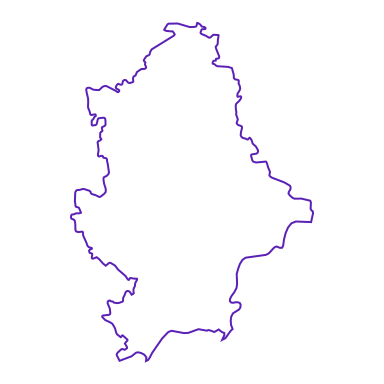 an SVG outline of Donets'k
{"feature_id": "UKR-327", "entity_name": "Donets'k", "entity_type": "Region", "adm_level": 1, "iso_a3": "UKR", "parent_name": "Ukraine", "parent_adm1": "", "projection": "mercator", "projection_center": [37.457, 48.054], "detail": "fine", "context": "isolated", "style": "outline", "palette": "violet", "viewbox_px": 384, "rotation_deg": 0, "n_neighbors": 0, "source": "natural_earth", "source_scale": "10m", "svg_char_len": 5879}
<svg xmlns="http://www.w3.org/2000/svg" viewBox="0 0 384 384"><path d="M311.1,222.1L295.9,221.5L291.4,223.3L288.1,227.4L285.7,232.9L284.0,239.5L283.2,245.4L282.2,247.7L280.1,247.9L276.8,246.6L275.3,246.8L273.5,248.2L269.9,252.3L268.1,253.8L265.7,254.9L245.6,257.7L242.4,259.9L239.9,264.0L238.1,268.9L236.7,273.9L237.1,284.0L236.5,288.0L234.2,292.4L231.3,296.3L230.1,298.8L229.9,301.1L231.1,302.5L232.9,302.8L236.5,302.2L238.2,302.4L239.8,303.0L240.6,304.6L240.4,307.4L239.1,309.5L233.1,313.2L231.3,316.4L230.7,320.6L231.1,325.1L232.6,329.0L230.6,330.9L225.4,338.2L222.2,339.8L224.3,335.3L224.3,333.0L221.8,332.0L218.7,329.5L214.3,332.0L210.6,330.6L208.2,330.0L207.0,330.7L198.5,329.2L188.2,332.9L184.0,333.1L171.6,330.8L168.3,332.0L162.2,338.4L152.2,352.8L149.7,357.7L148.1,360.0L146.0,361.0L146.4,357.4L144.3,354.7L140.9,352.9L137.7,352.3L135.9,352.8L131.5,356.3L119.6,360.8L116.9,355.5L116.7,354.5L116.9,353.8L117.8,352.5L121.4,349.2L122.4,349.0L124.7,349.8L126.9,348.3L127.0,347.7L126.9,346.9L124.9,343.5L126.1,341.9L127.4,340.6L127.5,340.1L127.3,339.5L122.7,335.4L122.1,335.5L121.0,337.1L120.7,337.2L117.0,334.3L116.2,332.7L115.1,328.6L114.3,327.0L112.4,323.8L110.3,322.4L105.3,320.1L103.0,317.8L102.4,317.1L102.2,316.2L103.0,315.5L108.5,314.9L109.4,314.6L110.1,314.1L110.3,313.1L109.8,308.5L107.7,303.5L107.6,302.1L108.2,301.0L109.9,300.5L110.9,301.3L112.8,301.5L113.8,302.5L114.9,302.8L116.7,303.1L118.7,303.0L122.2,301.8L122.9,301.1L123.1,300.1L123.1,298.6L123.3,297.5L124.6,295.1L125.6,292.3L126.2,291.6L126.9,291.1L128.0,291.0L129.4,291.5L130.3,292.5L131.6,294.7L133.4,293.7L133.7,293.4L133.7,292.9L133.4,290.5L133.6,288.8L135.0,285.8L135.1,283.9L135.3,282.9L136.8,280.2L137.1,279.2L137.0,278.8L136.2,278.6L134.6,278.7L130.5,278.0L129.7,278.4L129.2,279.7L128.8,279.9L128.3,279.8L127.7,279.3L125.5,276.0L118.0,269.5L115.5,266.2L114.8,265.4L110.6,262.9L109.3,262.8L105.7,265.7L103.0,263.5L99.3,259.3L96.6,257.2L93.6,258.5L92.7,258.7L92.2,258.5L91.9,258.0L91.8,257.0L92.3,254.4L92.2,253.9L91.9,253.5L89.8,252.9L89.2,251.7L89.1,250.5L89.8,249.7L91.8,248.8L91.9,248.4L91.7,248.0L88.7,247.1L87.5,245.8L86.2,242.2L83.5,236.3L83.2,235.4L82.9,232.4L82.7,231.9L82.4,231.7L81.7,231.7L78.2,232.1L76.1,231.4L75.4,229.8L75.3,223.9L74.7,220.6L73.8,219.6L71.6,218.8L71.0,217.7L71.1,216.0L71.3,215.2L72.0,214.5L73.6,214.4L76.1,213.3L79.3,213.3L80.9,212.8L80.8,212.1L78.9,207.8L78.0,207.3L76.3,207.0L75.4,205.8L75.4,204.2L74.9,201.6L75.2,193.3L75.4,192.0L76.1,190.7L77.4,190.0L79.6,189.9L82.8,189.0L83.9,189.0L89.5,190.8L90.5,191.8L90.9,193.2L92.0,194.1L95.7,195.2L99.1,196.9L99.6,197.0L100.5,196.7L104.1,193.9L105.7,191.9L105.8,190.3L105.6,188.3L104.1,183.7L103.5,179.8L103.5,178.5L103.7,177.6L104.4,176.8L105.4,176.6L106.9,175.7L108.2,174.3L109.0,172.7L107.7,163.7L107.2,161.9L106.8,158.9L106.0,158.2L103.4,157.7L103.0,156.5L102.4,155.9L101.4,155.8L99.1,156.5L98.7,156.4L98.1,155.8L97.9,154.8L98.6,150.2L97.6,142.2L98.2,141.3L100.5,140.2L101.3,139.2L101.2,138.8L100.1,137.5L100.2,133.1L100.8,132.1L102.2,131.2L102.4,130.7L101.8,127.8L102.0,127.3L104.6,125.9L105.3,125.3L105.5,124.7L105.5,121.0L105.2,119.0L104.8,118.2L104.4,117.9L103.3,117.7L98.6,118.3L98.1,118.7L97.7,119.7L96.8,123.6L96.3,124.6L95.5,125.1L92.5,125.5L91.9,125.2L91.7,124.0L91.7,121.2L91.9,120.4L93.2,119.3L94.2,117.3L95.8,115.9L95.8,115.0L95.2,114.4L94.7,114.4L91.3,115.0L90.9,114.9L90.3,114.3L89.6,111.4L88.2,108.0L88.0,106.4L88.2,102.4L88.1,98.6L86.6,92.2L86.2,89.4L86.9,88.2L87.4,87.9L89.0,87.7L90.1,88.0L93.0,89.5L94.2,89.8L98.7,90.1L99.2,90.0L102.6,86.8L104.0,86.2L105.5,86.0L106.7,86.2L115.9,90.9L117.3,92.0L118.2,92.1L119.1,91.4L119.2,90.3L118.5,89.6L116.5,88.6L116.0,88.1L115.8,87.4L116.0,86.4L117.2,84.6L117.7,84.1L118.3,83.9L120.5,84.7L121.5,84.7L122.0,84.4L122.3,84.0L122.7,82.0L123.1,80.9L124.0,80.1L124.5,80.0L126.0,80.2L127.9,82.4L128.8,82.9L130.1,83.0L132.9,82.0L133.3,81.6L133.0,78.5L133.3,77.2L133.8,76.4L135.5,75.5L136.8,72.4L137.1,71.9L141.4,69.0L144.1,69.0L145.2,68.6L146.1,67.7L146.0,66.7L145.0,64.6L145.3,62.3L143.9,60.9L143.9,59.9L146.1,56.6L146.6,56.1L148.9,55.2L149.4,54.7L149.7,54.1L150.2,51.9L151.4,49.8L151.8,49.3L173.6,35.8L174.4,35.0L174.7,34.4L174.5,34.0L173.2,32.0L172.5,31.3L170.0,31.3L166.3,30.9L164.3,30.0L164.2,29.7L167.3,24.6L168.4,23.7L177.6,23.5L189.9,27.1L194.3,26.9L195.9,26.6L196.6,25.6L197.2,23.0L198.3,23.2L200.3,24.6L201.7,26.5L204.5,27.1L205.4,27.8L205.5,28.6L205.2,29.0L202.0,29.3L201.4,30.0L200.6,32.3L200.6,33.0L200.9,33.5L201.8,34.1L205.9,35.8L209.0,37.7L210.4,37.4L213.3,34.8L218.2,35.0L218.6,35.3L218.5,36.1L217.9,39.9L217.7,43.7L217.3,44.8L215.7,46.7L215.9,47.9L216.5,49.7L219.2,56.4L219.2,57.2L218.9,58.1L218.5,58.4L216.1,58.8L215.7,60.6L213.7,60.8L213.3,61.1L212.8,62.1L212.6,63.2L212.8,63.7L214.5,64.2L216.1,65.6L217.3,66.2L228.2,66.9L231.9,68.1L233.7,74.5L233.9,78.2L235.1,79.3L238.2,80.0L238.6,80.4L238.8,81.0L238.6,83.5L239.8,86.0L240.2,88.6L239.6,90.4L237.6,93.6L237.4,94.7L237.3,95.9L237.6,96.7L240.5,96.3L240.9,96.5L241.2,97.0L241.1,97.9L240.6,99.1L239.0,101.1L236.3,103.7L235.7,105.4L235.9,109.6L236.4,112.2L236.1,114.4L237.7,119.0L237.7,119.8L236.9,122.1L236.7,123.2L237.4,124.4L238.4,125.1L241.1,126.0L241.9,126.7L242.0,128.1L241.1,131.6L240.7,134.5L240.8,135.6L241.5,136.9L242.8,137.9L245.4,138.6L247.3,139.5L248.2,139.2L249.5,137.8L250.1,138.0L250.7,138.7L251.8,140.6L252.6,143.4L253.6,144.5L255.6,146.2L256.5,147.5L257.9,150.2L258.1,150.9L258.0,151.7L257.6,152.6L257.0,153.3L256.2,153.7L251.8,154.4L251.1,155.0L251.1,156.0L252.4,160.6L253.2,161.6L256.0,162.5L265.6,161.6L266.1,161.7L267.0,163.4L268.2,167.6L270.0,171.9L269.4,175.3L269.7,175.9L270.2,176.5L272.2,177.8L284.3,182.4L289.8,185.6L290.5,186.8L290.6,188.1L290.3,189.5L288.9,191.8L288.5,193.5L289.9,195.5L292.3,197.6L294.4,198.7L301.3,198.6L310.2,200.7L310.6,201.5L310.9,202.8L310.6,208.8L311.5,210.4L312.8,211.4L313.0,213.4L311.1,222.1Z" fill="none" stroke="#5b21b6" stroke-width="2"/></svg>